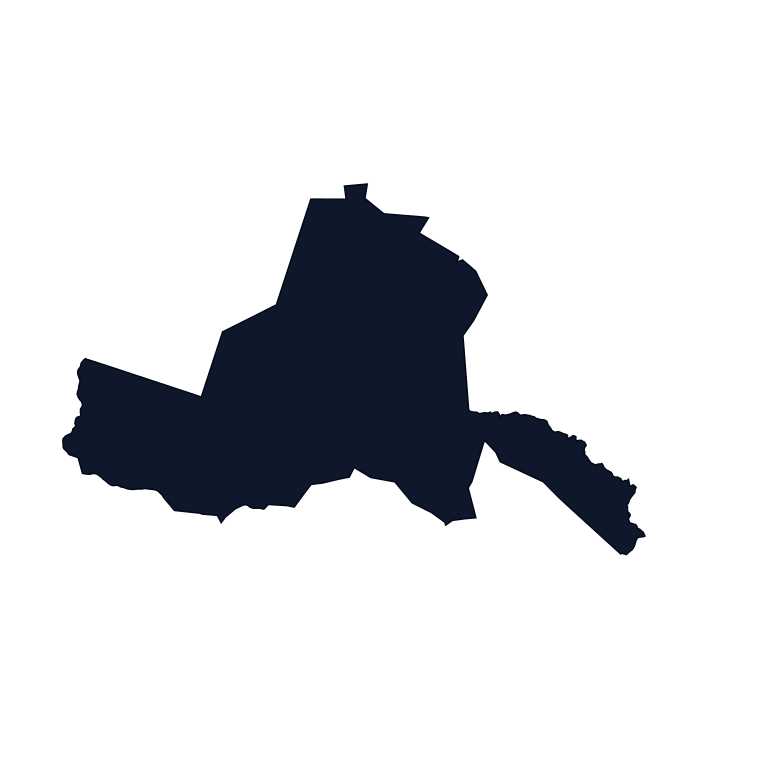 São Miguel do Tapuio, Piauí, Brazil (Mercator projection), rotated 198°
{"feature_id": "56859067B9412827275666", "entity_name": "São Miguel do Tapuio", "entity_type": "district", "adm_level": 2, "iso_a3": "BRA", "parent_name": "Brazil", "parent_adm1": "Piauí", "projection": "mercator", "projection_center": [-41.588, -5.786], "detail": "fine", "context": "isolated", "style": "filled", "palette": "ink", "viewbox_px": 768, "rotation_deg": 198, "n_neighbors": 0, "source": "geoboundaries", "source_scale": "gbopen_adm2", "svg_char_len": 4009}
<svg xmlns="http://www.w3.org/2000/svg" viewBox="0 0 768 768"><g transform="rotate(198 384 384)"><path d="M88.8,320.0L91.5,323.0L93.8,323.8L95.4,324.7L98.5,325.3L99.8,327.2L101.3,328.0L107.2,327.9L110.1,331.2L109.3,334.3L109.4,335.7L110.8,336.9L112.7,337.8L114.1,340.8L114.3,342.3L115.7,343.7L114.8,346.3L114.8,349.3L114.6,350.9L113.3,354.8L111.9,358.3L112.5,360.3L112.3,363.6L114.1,364.5L115.9,365.1L117.5,363.3L119.2,363.4L119.7,364.8L120.5,366.1L122.0,368.8L123.5,366.8L125.1,366.7L126.2,365.4L127.7,365.2L129.4,367.0L131.4,367.4L133.1,367.7L135.1,366.9L136.7,367.0L138.2,367.4L139.3,369.2L141.2,370.3L143.9,370.7L146.6,371.3L149.1,372.6L150.6,374.5L152.3,375.7L153.5,374.7L155.3,374.2L156.7,373.2L158.5,372.2L160.1,372.7L163.0,373.1L164.8,374.4L166.7,375.9L168.1,377.2L169.4,377.9L171.0,378.5L171.8,380.2L172.3,381.7L173.2,382.7L173.6,384.3L173.3,386.5L172.8,388.3L174.3,389.6L175.4,390.7L176.9,390.8L178.6,391.4L180.6,390.9L182.2,389.9L184.2,389.8L184.7,391.2L185.1,393.0L186.8,393.5L188.5,393.1L189.5,391.5L190.5,390.6L191.5,389.5L192.8,388.5L193.1,390.4L193.7,392.0L196.0,392.3L198.1,392.1L199.7,392.4L201.3,392.5L203.4,392.6L205.3,391.6L206.6,391.0L208.3,391.1L210.2,391.8L211.6,393.2L213.4,394.5L215.3,395.7L216.5,397.4L217.7,398.9L219.1,399.2L220.6,399.4L222.6,398.9L225.1,398.4L227.1,398.6L228.5,398.2L229.7,398.6L231.0,399.2L232.7,399.0L234.3,398.9L236.1,399.1L237.4,398.6L238.9,398.7L240.4,398.2L242.2,397.7L243.8,396.5L245.4,396.6L246.7,397.2L248.3,397.9L250.1,397.9L251.2,397.2L252.4,396.3L254.0,395.0L255.4,393.8L257.1,392.9L259.1,391.8L260.8,391.7L262.2,391.3L263.6,388.9L265.6,391.2L267.2,392.4L268.9,392.0L270.6,390.9L272.4,389.0L274.2,390.1L275.2,389.1L276.3,388.4L277.9,388.1L279.9,387.6L282.1,386.3L284.1,385.2L287.3,385.8L289.9,385.0L292.1,384.7L293.9,384.6L295.6,385.8L315.8,434.8L320.6,446.5L323.9,454.4L322.8,458.0L319.6,468.3L318.5,471.9L313.4,500.5L331.7,519.6L347.6,526.2L352.2,522.6L352.4,528.3L397.3,538.4L393.1,555.8L397.1,555.2L436.7,545.8L448.1,550.2L459.5,554.6L461.7,569.0L482.8,560.0L477.1,548.0L510.7,537.2L510.8,452.4L510.8,451.0L510.8,426.0L513.2,423.7L523.7,413.2L539.8,397.3L541.1,396.0L553.6,383.7L553.7,323.3L553.7,315.2L651.0,315.7L676.0,315.7L677.1,313.7L678.3,310.8L678.4,309.4L678.0,306.8L679.2,303.3L679.1,301.4L678.6,299.5L677.8,298.1L674.1,293.3L673.8,291.5L673.6,287.4L673.0,285.7L673.0,281.1L672.3,278.9L670.2,276.5L667.7,274.6L666.2,273.8L664.3,271.2L664.2,269.9L664.8,266.2L664.0,263.3L662.6,260.6L663.1,259.2L664.9,258.1L666.1,256.9L666.3,254.9L665.9,251.2L664.2,249.1L664.6,247.3L666.0,245.2L665.7,243.2L666.3,240.2L667.9,238.9L670.7,236.1L672.2,233.0L672.1,231.4L669.7,225.2L669.0,224.0L667.9,223.2L664.6,221.7L661.8,219.6L652.2,219.5L643.1,205.8L639.2,206.4L635.8,207.3L633.4,208.8L631.9,209.5L628.5,209.5L625.6,208.5L623.6,207.8L622.1,206.9L620.6,206.4L618.2,205.5L615.6,204.4L613.2,203.6L611.1,203.5L609.0,204.1L607.6,205.0L606.3,205.2L604.7,205.2L602.8,204.8L600.8,205.0L598.9,205.2L596.5,205.0L594.4,205.2L591.0,205.9L589.1,206.6L586.4,207.8L584.6,208.5L581.9,209.2L580.2,210.3L578.6,210.9L576.0,211.3L570.8,212.4L568.0,212.7L565.8,212.3L563.0,211.0L560.4,209.7L558.6,208.1L556.5,206.7L553.8,205.0L549.6,202.4L544.2,199.0L519.0,204.3L516.7,204.1L501.9,207.6L496.0,201.8L493.8,208.4L486.7,219.6L485.3,220.8L483.6,222.5L481.1,224.9L479.1,226.1L477.7,226.6L475.5,226.3L473.3,225.5L470.6,225.4L466.9,226.4L464.6,227.4L459.6,227.9L458.4,230.3L456.8,233.7L438.6,238.4L431.4,239.2L426.2,254.9L422.3,266.0L411.7,270.9L396.8,280.0L388.3,284.7L386.6,295.4L367.5,291.0L361.8,291.8L343.5,294.3L320.4,279.7L302.0,276.9L299.6,276.6L291.0,273.8L288.5,273.0L286.6,272.4L283.5,271.4L281.7,268.9L276.8,275.4L275.0,276.3L265.6,280.8L255.3,285.2L260.0,292.6L271.9,311.2L270.3,318.1L271.1,361.6L256.6,353.7L252.4,349.2L249.5,346.0L235.2,344.3L202.2,340.2L182.1,329.8L167.7,323.2L106.4,295.5L105.4,296.6L100.9,296.6L98.7,300.4L96.7,303.3L95.8,307.2L96.0,312.4L95.4,316.1L94.2,317.1L90.2,318.9L88.8,320.0Z" fill="#0f172a" stroke="#020617" stroke-width="1.5"/></g></svg>